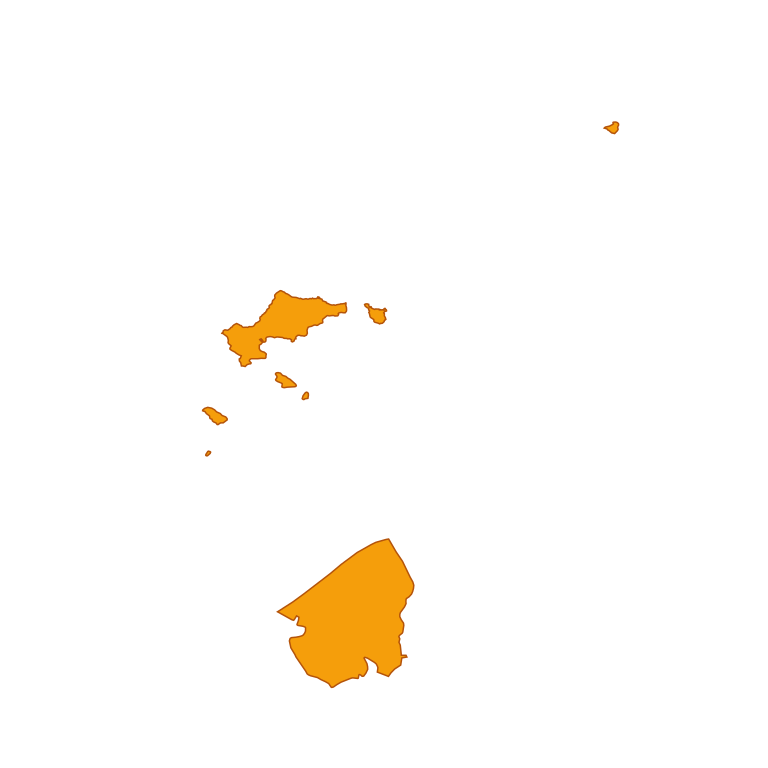 the district of Hoi An, Quàng Nam, Vietnam, rotated 283°
{"feature_id": "81297802B62948768430814", "entity_name": "Hoi An", "entity_type": "district", "adm_level": 2, "iso_a3": "VNM", "parent_name": "Vietnam", "parent_adm1": "Quàng Nam", "projection": "equal_earth", "projection_center": [108.484, 15.896], "detail": "fine", "context": "isolated", "style": "filled", "palette": "amber", "viewbox_px": 768, "rotation_deg": 283, "n_neighbors": 0, "source": "geoboundaries", "source_scale": "gbopen_adm2", "svg_char_len": 6152}
<svg xmlns="http://www.w3.org/2000/svg" viewBox="0 0 768 768"><g transform="rotate(283 384 384)"><path d="M101.8,442.3L100.1,454.1L104.2,455.8L108.7,458.5L113.9,463.5L121.1,463.0L123.1,467.7L124.6,466.5L123.6,461.9L133.2,458.6L135.7,456.7L139.2,456.7L141.2,455.3L142.5,455.6L145.3,457.8L146.5,458.1L153.2,457.6L155.4,456.8L158.3,453.7L160.9,451.7L163.2,451.2L165.1,451.4L171.4,454.1L175.0,454.9L176.8,454.3L179.2,453.9L180.2,454.3L182.3,456.3L185.5,458.1L188.3,458.6L191.5,458.7L194.6,458.3L197.6,456.6L201.7,452.9L215.4,441.9L223.2,433.5L234.0,423.4L233.0,421.0L227.9,411.7L224.6,407.6L213.8,395.8L198.6,382.9L187.3,374.4L161.2,352.9L150.9,344.0L138.1,331.5L133.6,347.1L133.4,348.9L134.0,349.5L138.4,351.0L137.6,353.6L133.9,353.8L130.2,353.3L129.7,353.6L129.4,354.5L129.7,359.2L129.6,360.4L129.4,361.7L128.9,362.4L125.5,363.1L123.4,362.7L121.3,361.8L120.2,360.7L118.8,358.2L117.5,355.2L116.1,351.0L115.3,350.0L114.6,349.7L112.4,349.6L106.0,352.6L100.3,358.1L98.3,359.6L86.6,372.3L84.3,374.3L83.6,375.8L83.2,378.0L83.0,385.2L81.8,389.0L80.8,393.8L79.7,397.5L76.7,400.7L76.6,401.4L77.4,402.9L80.5,405.7L83.8,409.2L89.8,417.9L90.6,419.5L91.2,424.7L91.6,425.1L94.9,425.0L95.3,425.2L95.4,425.9L95.2,426.8L94.5,427.8L94.3,428.6L94.8,429.9L98.2,431.4L102.3,432.3L104.9,431.6L107.7,430.3L112.3,426.3L113.0,426.3L113.4,426.8L113.2,429.5L110.6,437.3L109.6,439.3L107.9,440.8L106.2,441.9L101.8,442.3ZM398.1,215.5L397.6,214.9L396.9,214.7L397.0,215.5L394.9,220.4L393.9,221.3L391.5,222.5L389.1,222.8L388.2,223.8L387.1,226.0L386.7,226.5L384.2,225.8L383.3,226.1L382.6,227.6L381.5,231.7L380.8,232.9L379.7,236.1L379.4,238.6L376.6,238.2L375.8,237.3L373.9,237.9L372.5,239.6L369.5,241.0L369.8,242.5L369.8,244.8L372.1,246.3L373.1,247.9L373.7,249.5L374.0,249.7L374.7,249.8L376.2,247.6L376.9,247.5L378.2,248.2L378.8,249.1L380.2,255.2L381.4,258.6L382.0,261.6L382.3,262.5L383.1,263.0L385.2,262.6L386.5,262.6L387.0,262.3L388.1,260.1L388.2,257.9L388.8,255.9L390.4,254.5L393.7,253.8L394.0,253.9L395.0,255.1L397.3,256.3L397.8,255.9L398.4,254.0L399.4,252.9L400.4,254.1L399.9,254.9L399.7,254.6L399.3,254.8L398.7,256.4L397.8,256.6L397.7,257.5L398.3,258.7L399.2,259.2L400.9,259.0L401.8,258.5L403.1,259.2L403.6,259.8L404.6,262.3L404.8,264.6L404.5,266.9L405.7,269.0L405.9,270.0L406.5,274.8L406.1,276.0L406.1,277.0L406.5,278.7L406.3,279.9L406.9,282.0L406.3,283.9L405.0,283.9L404.6,284.4L404.4,285.2L404.6,285.6L405.8,286.8L406.4,286.7L408.3,287.4L408.4,288.0L409.3,287.5L410.3,287.7L412.0,289.0L412.5,290.8L412.3,292.1L412.6,293.4L412.7,295.6L414.2,297.5L416.2,297.9L419.1,296.9L422.0,297.2L422.9,298.2L423.9,300.4L425.5,302.4L426.0,303.6L426.0,305.3L426.3,306.1L428.4,308.0L429.7,310.3L430.1,310.5L430.8,310.4L432.1,309.8L433.3,309.7L437.7,313.1L438.0,313.8L438.0,315.2L439.2,318.5L439.4,319.7L439.2,320.7L439.8,323.1L440.2,323.7L441.1,324.0L441.6,324.1L442.2,323.6L443.1,324.1L444.1,326.1L444.3,328.7L444.7,330.2L446.5,331.0L447.7,330.9L450.1,330.2L451.8,329.2L454.3,328.8L454.3,328.1L453.4,327.8L453.4,326.9L452.6,325.1L452.4,323.9L451.8,323.1L450.7,320.3L449.8,318.9L449.7,318.4L449.9,317.5L449.2,315.6L449.3,313.2L449.8,311.5L449.7,310.3L450.0,309.7L450.6,309.7L450.9,308.7L451.2,305.6L452.7,304.4L452.8,302.2L453.4,302.1L454.1,301.0L454.0,299.9L453.5,299.8L452.8,300.5L452.7,299.4L452.0,298.9L451.3,296.0L451.6,295.0L450.7,294.1L450.7,292.7L449.5,290.9L449.6,288.9L448.3,286.0L448.7,283.3L448.2,282.7L448.6,278.9L448.0,275.3L448.3,273.9L449.6,270.9L450.1,269.0L450.1,267.8L451.1,266.3L451.2,264.8L451.7,263.3L451.6,261.9L448.4,258.8L446.2,257.6L445.1,257.7L443.4,258.5L441.0,257.4L440.4,256.7L437.1,256.7L436.9,256.2L436.0,256.0L435.3,255.0L434.1,254.4L432.7,255.1L431.8,254.6L430.3,253.2L429.0,253.3L428.5,252.8L426.7,252.4L426.5,251.7L426.1,251.4L425.3,251.2L424.0,249.9L422.4,249.3L421.5,248.3L420.1,248.2L418.9,248.9L417.5,248.7L415.3,246.6L414.5,245.4L411.3,244.1L410.5,243.2L409.9,241.5L409.6,239.7L408.5,238.5L408.4,237.2L407.5,234.0L407.8,233.1L408.8,231.7L408.8,230.3L409.2,229.6L409.8,226.8L408.0,224.6L406.3,223.4L405.4,223.2L404.7,222.2L403.1,221.4L401.2,219.6L401.0,216.8L400.0,215.7L399.6,215.4L398.1,215.5ZM458.2,351.2L458.3,349.5L458.0,348.4L457.6,347.7L457.1,347.2L455.6,348.2L454.6,350.4L454.3,351.9L454.1,352.1L452.8,352.3L451.9,353.5L450.2,353.1L449.6,353.8L446.3,355.4L445.8,356.0L444.5,359.5L442.6,360.2L442.1,361.2L442.0,364.2L441.6,366.4L442.2,366.8L442.6,368.3L443.0,368.9L444.8,370.1L445.8,370.1L447.4,371.3L447.6,371.2L447.7,370.7L448.2,370.8L449.0,370.4L450.5,369.0L452.7,368.5L453.1,367.7L453.4,367.6L454.5,368.4L455.0,368.4L455.3,369.4L455.7,370.0L456.4,369.9L457.0,369.3L457.2,368.7L457.9,368.1L457.9,367.8L457.1,367.0L456.0,367.3L456.0,365.8L455.7,365.2L455.6,364.1L455.2,363.4L455.2,362.9L455.7,363.0L455.8,362.1L455.1,358.5L454.6,358.2L454.7,357.0L455.2,354.8L456.3,354.2L456.4,353.8L455.6,353.4L455.7,352.8L457.0,351.5L458.2,351.2ZM313.8,239.3L315.0,238.9L316.3,237.2L316.9,233.3L318.4,231.1L319.2,227.1L320.7,224.8L321.7,221.6L321.6,217.5L319.8,214.6L317.8,213.2L317.1,213.3L316.8,215.9L315.2,217.6L313.7,221.1L311.6,222.0L311.2,222.4L310.9,224.4L309.6,225.0L309.2,225.6L308.7,226.6L308.3,229.0L307.0,230.5L307.1,231.4L309.3,233.4L310.0,236.1L313.8,239.3ZM371.3,278.2L370.6,276.5L369.7,276.0L369.1,276.1L367.8,277.6L367.1,278.1L366.1,278.2L364.0,277.4L363.5,277.6L363.1,278.0L362.4,279.9L361.9,283.4L361.4,284.8L358.3,285.1L358.0,285.5L357.9,286.3L358.0,287.7L359.2,290.6L361.3,297.8L361.9,298.7L362.7,298.9L363.8,298.1L367.4,291.5L368.1,288.9L369.3,286.7L369.6,283.1L371.3,280.7L371.3,278.2ZM688.0,548.1L686.0,545.7L684.2,542.0L683.6,541.4L682.9,541.0L682.7,543.9L681.8,545.0L681.6,546.1L679.9,549.3L679.9,552.4L683.4,554.5L684.9,554.8L686.4,554.0L687.6,553.9L688.5,554.3L689.3,554.3L690.4,553.9L691.2,552.6L691.4,551.0L690.8,548.8L690.4,548.3L689.9,548.4L689.1,549.0L688.0,548.1ZM352.9,313.1L356.0,312.9L357.7,312.4L358.5,311.5L358.6,310.6L358.5,310.1L357.6,309.2L354.4,307.8L351.3,307.6L350.8,308.5L350.8,309.4L351.8,310.4L352.9,313.1ZM278.6,230.4L279.0,229.8L279.1,228.1L278.6,227.5L275.3,226.3L274.4,226.4L274.2,226.7L274.1,227.4L274.3,228.0L274.7,228.4L277.2,230.2L278.6,230.4Z" fill="#f59e0b" stroke="#b45309" stroke-width="1.5"/></g></svg>